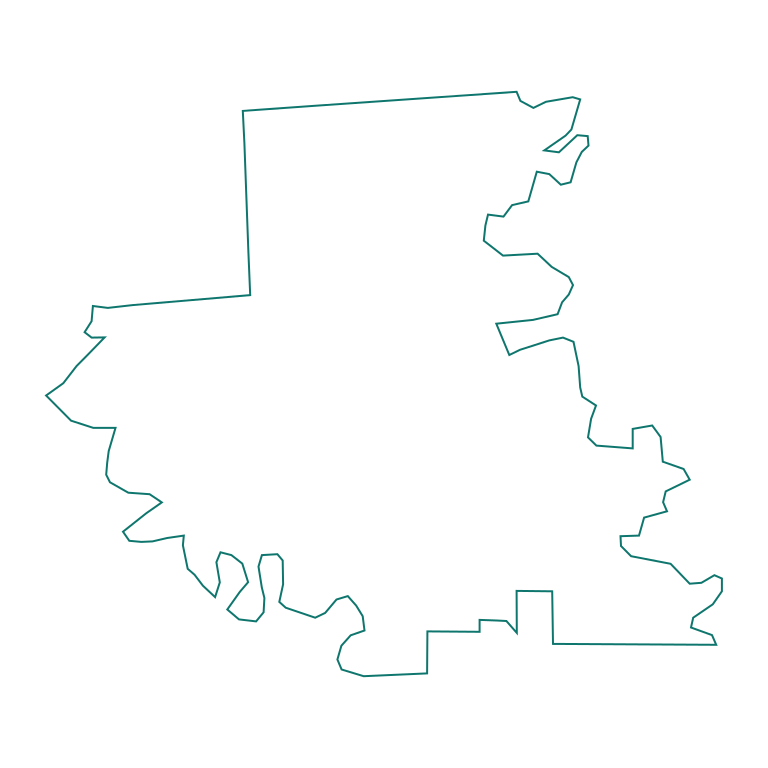 Guaporé, Rio Grande do Sul, Brazil (Mercator projection)
{"feature_id": "56859067B75803801424105", "entity_name": "Guaporé", "entity_type": "district", "adm_level": 2, "iso_a3": "BRA", "parent_name": "Brazil", "parent_adm1": "Rio Grande do Sul", "projection": "mercator", "projection_center": [-51.895, -28.851], "detail": "fine", "context": "isolated", "style": "outline", "palette": "teal", "viewbox_px": 768, "rotation_deg": 0, "n_neighbors": 0, "source": "geoboundaries", "source_scale": "gbopen_adm2", "svg_char_len": 1962}
<svg xmlns="http://www.w3.org/2000/svg" viewBox="0 0 768 768"><path d="M363.7,676.2L427.1,673.4L427.4,631.4L479.6,631.8L479.6,619.9L496.6,620.5L506.4,621.0L516.8,632.9L516.6,590.9L552.2,591.3L553.0,643.9L716.2,644.8L712.0,635.1L691.0,627.5L693.2,617.7L712.8,604.3L721.9,591.3L721.9,578.5L714.4,575.2L701.4,582.8L689.7,583.7L670.6,563.8L631.1,556.2L621.0,546.0L620.5,536.2L639.0,535.6L644.1,517.6L667.0,511.3L663.1,502.2L665.7,491.4L689.7,479.7L683.6,469.0L662.8,461.7L660.6,437.0L652.2,425.5L632.7,428.9L632.7,448.4L596.4,445.6L588.0,437.4L591.1,418.8L596.0,405.5L582.3,396.6L580.2,387.5L578.6,366.1L573.5,341.8L563.0,337.6L549.3,340.4L520.0,349.8L509.3,355.0L496.3,323.7L533.0,319.9L557.6,314.2L562.1,302.3L568.8,294.5L573.0,285.1L568.8,277.1L551.7,266.9L537.6,253.7L503.0,255.6L483.8,240.7L485.4,225.5L488.0,214.6L503.5,216.6L512.1,205.1L528.3,201.4L536.8,171.7L549.3,174.1L560.8,184.7L570.6,182.3L576.4,162.3L581.8,151.9L588.5,145.6L587.7,136.1L577.3,135.2L558.9,152.3L544.3,150.4L565.6,135.6L571.4,129.5L580.2,99.4L572.7,97.2L545.9,101.8L533.4,107.9L520.4,100.9L516.6,91.8L316.1,105.7L242.8,110.9L244.4,143.2L248.4,252.2L250.2,295.1L132.6,305.1L107.8,307.9L92.9,306.0L91.6,321.2L84.6,332.2L91.6,337.6L104.6,337.4L87.9,354.6L76.6,366.0L63.3,383.2L46.1,395.5L71.1,420.7L93.4,427.9L115.5,427.9L108.7,451.1L107.2,462.7L106.2,474.7L110.0,482.3L128.3,492.7L149.6,494.2L161.8,502.4L146.2,513.3L123.0,531.7L129.3,540.8L141.3,541.9L152.5,541.4L167.2,538.0L183.8,535.6L182.9,545.3L187.7,568.8L194.6,574.8L202.9,585.7L215.1,597.1L219.8,582.4L216.4,562.2L220.5,552.3L231.4,555.1L242.3,563.6L248.1,582.2L239.8,591.9L227.3,609.5L239.0,619.4L256.1,621.4L263.6,612.3L264.4,598.0L261.8,587.4L258.5,566.6L261.9,555.1L277.4,554.2L282.7,560.5L283.1,584.3L279.3,601.9L285.7,607.7L315.2,617.7L325.2,612.9L336.5,599.5L347.8,596.1L356.2,605.6L362.7,616.2L364.5,630.5L350.7,635.3L341.4,645.7L337.4,659.5L341.6,669.5L363.7,676.2Z" fill="none" stroke="#0f766e" stroke-width="2"/></svg>